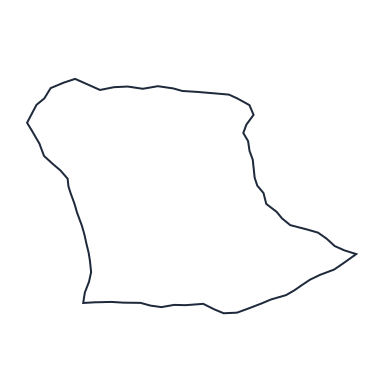 Pinhais, Paraná, Brazil, rotated 264°
{"feature_id": "56859067B39205088025150", "entity_name": "Pinhais", "entity_type": "district", "adm_level": 2, "iso_a3": "BRA", "parent_name": "Brazil", "parent_adm1": "Paraná", "projection": "equal_earth", "projection_center": [-49.159, -25.426], "detail": "fine", "context": "isolated", "style": "outline", "palette": "slate", "viewbox_px": 384, "rotation_deg": 264, "n_neighbors": 0, "source": "geoboundaries", "source_scale": "gbopen_adm2", "svg_char_len": 1077}
<svg xmlns="http://www.w3.org/2000/svg" viewBox="0 0 384 384"><g transform="rotate(264 192 192)"><path d="M93.0,72.2L92.5,83.3L91.1,100.3L89.1,112.4L87.1,129.3L83.4,138.7L80.7,149.6L81.6,162.3L80.1,174.0L79.6,191.5L72.9,202.0L68.1,210.8L67.3,224.2L70.3,236.1L73.8,249.2L76.9,259.5L79.6,274.7L83.5,283.5L87.9,291.5L92.5,300.3L96.2,310.6L100.0,325.2L106.0,336.3L113.1,348.8L118.1,337.3L123.3,328.3L131.6,320.9L138.4,313.1L142.5,303.0L148.8,286.2L156.3,278.8L163.4,274.1L172.4,264.6L183.5,263.0L191.5,257.6L199.7,255.8L208.0,255.8L217.8,255.8L226.9,253.5L236.7,253.1L245.3,249.2L253.3,253.1L262.3,261.3L272.4,258.2L280.4,246.7L285.0,238.9L287.5,226.0L291.0,207.7L293.5,192.9L297.0,184.1L300.8,169.1L299.8,153.9L303.6,139.1L304.4,125.4L303.1,111.2L316.7,87.6L314.2,75.9L310.1,62.3L300.5,54.9L295.0,46.5L278.1,35.2L269.9,39.1L256.1,45.3L243.3,48.6L234.3,56.6L227.2,63.4L218.2,69.7L210.6,69.7L203.3,71.2L193.0,73.8L183.6,75.5L169.8,79.0L160.6,80.6L151.7,81.6L141.9,82.9L134.2,83.3L122.9,83.3L113.5,80.2L103.2,74.9L93.0,72.2Z" fill="none" stroke="#1e293b" stroke-width="2"/></g></svg>